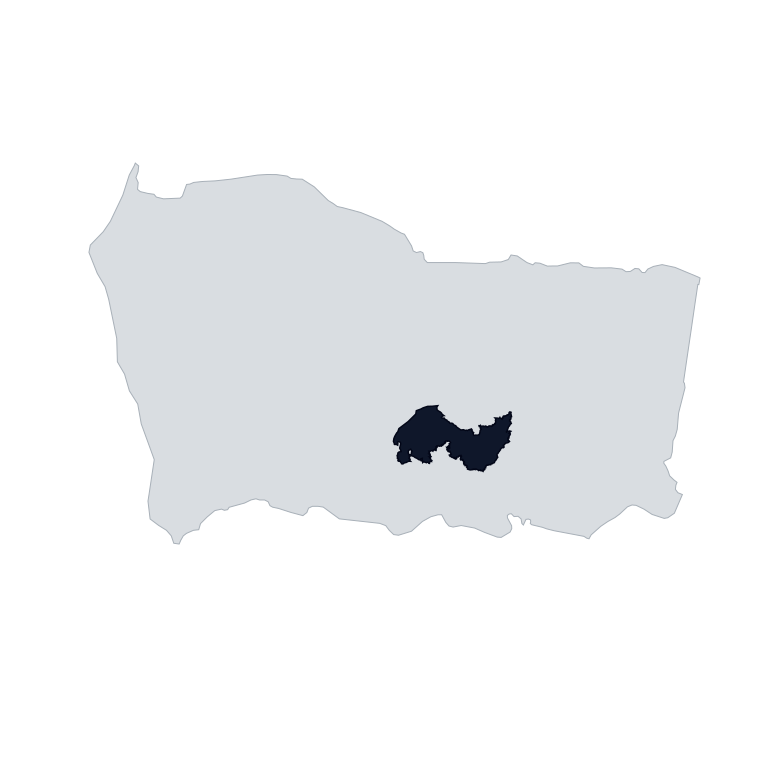 North East Gonja, Northern, Ghana (highlighted), rotated 99°
{"feature_id": "2480657B30922977157044", "entity_name": "North East Gonja", "entity_type": "district", "adm_level": 2, "iso_a3": "GHA", "parent_name": "Ghana", "parent_adm1": "Northern", "projection": "robinson", "projection_center": [-0.531, 8.741], "detail": "fine", "context": "in_parent", "style": "filled", "palette": "ink", "viewbox_px": 768, "rotation_deg": 99, "n_neighbors": 0, "source": "geoboundaries", "source_scale": "gbopen_adm2", "svg_char_len": 8744}
<svg xmlns="http://www.w3.org/2000/svg" viewBox="0 0 768 768"><g transform="rotate(99 384 384)"><path d="M466.2,77.0L471.7,82.8L472.9,86.2L470.9,98.8L466.9,107.7L464.4,116.0L464.7,120.1L467.2,124.3L475.5,130.8L479.8,135.0L484.8,141.4L490.6,147.6L500.6,155.8L504.8,157.3L504.6,159.5L503.2,162.7L502.3,193.0L501.6,200.8L500.8,204.8L499.9,216.1L498.9,217.7L497.0,217.6L495.3,218.0L494.8,220.3L495.5,222.6L501.5,224.3L500.2,226.0L495.8,227.5L493.7,230.9L494.6,234.8L492.2,238.0L492.9,240.1L494.5,241.6L497.0,241.1L504.0,235.8L506.9,235.2L510.5,236.3L517.2,244.3L517.5,248.2L514.8,261.6L512.1,271.9L511.7,285.6L514.5,293.4L514.1,297.6L511.0,301.3L504.1,306.6L504.7,310.2L507.8,317.0L513.7,324.5L525.1,333.8L531.1,346.0L531.2,350.9L527.7,355.9L523.6,360.1L522.3,366.4L524.2,407.0L515.1,424.7L515.1,429.7L516.0,435.6L518.4,439.1L523.0,440.1L526.7,443.5L525.4,455.9L523.4,468.6L523.1,474.7L522.0,477.6L518.4,480.0L517.2,483.9L518.0,488.9L517.4,492.5L519.3,497.2L523.4,503.1L530.0,517.7L532.6,518.8L533.7,521.9L533.0,524.9L535.5,531.3L542.9,537.8L550.6,543.4L556.9,544.2L558.3,549.3L562.4,555.7L565.4,558.5L570.2,560.3L574.1,561.3L574.2,566.7L567.2,570.4L562.5,576.0L558.9,584.5L553.9,593.9L536.6,598.8L530.0,598.8L494.6,599.1L461.4,617.5L442.3,624.1L430.6,634.4L414.8,641.8L403.8,650.8L380.8,655.1L343.3,669.2L331.5,674.7L319.6,684.5L300.2,696.0L292.7,695.8L277.5,685.1L266.1,679.7L238.3,671.5L217.5,668.3L207.4,664.8L204.7,664.2L207.0,660.4L212.8,660.1L218.9,661.3L223.5,658.3L230.3,657.9L232.1,654.9L232.7,647.1L232.6,640.9L235.0,638.1L235.6,630.7L232.3,614.4L229.9,612.5L217.8,610.2L216.9,607.0L214.7,603.5L212.4,595.1L209.8,582.6L205.6,567.1L197.4,541.5L195.4,532.4L194.0,523.2L193.8,512.2L195.5,508.1L195.2,502.4L194.5,496.8L200.2,483.7L211.5,467.8L213.9,462.0L216.0,458.0L216.3,452.3L218.3,433.7L223.7,411.2L227.1,402.8L229.4,398.2L232.2,390.7L232.9,387.2L243.3,378.4L248.0,376.0L249.1,372.5L247.5,368.8L248.2,366.2L250.7,364.9L254.5,363.8L257.3,360.2L252.9,332.5L249.5,304.9L249.2,302.6L247.2,298.8L245.1,287.4L241.6,280.7L236.7,278.7L236.7,272.4L241.7,261.8L243.0,255.6L240.6,253.7L240.3,248.9L242.0,241.1L241.1,236.2L240.3,231.1L235.2,219.0L233.9,210.5L236.6,205.5L236.5,194.5L233.7,177.6L233.3,166.9L235.2,162.5L234.3,158.3L230.6,154.2L230.4,150.3L233.5,146.5L233.1,143.6L229.2,141.4L225.7,136.2L222.6,128.0L223.3,114.8L229.2,90.5L229.9,88.4L236.6,88.6L236.6,89.6L257.4,89.4L281.1,89.1L309.5,88.8L335.2,88.5L336.3,87.4L340.6,86.1L366.6,88.5L382.9,87.3L389.8,88.1L394.8,89.7L406.1,88.7L412.1,89.3L416.6,95.4L418.4,95.3L421.0,92.8L425.5,89.8L430.0,87.5L433.3,82.8L435.3,79.2L438.3,79.9L442.5,79.7L445.4,76.7L446.5,72.0L466.2,77.0Z" fill="#d9dde1" stroke="#a8b0b8" stroke-width="1"/><path d="M454.8,272.5L454.2,272.3L453.5,272.6L453.1,272.1L453.0,271.3L452.4,271.1L451.9,271.6L451.5,271.2L451.0,271.1L450.8,270.5L450.0,270.8L449.8,270.5L449.0,270.5L448.9,270.2L448.0,269.7L448.0,269.0L447.6,268.7L447.8,268.5L447.6,268.0L447.3,268.0L447.0,265.9L445.8,265.5L445.7,264.3L445.0,263.9L444.4,262.7L443.0,262.5L441.4,261.4L439.8,260.9L438.7,260.2L436.2,261.4L435.6,261.4L434.8,260.6L433.4,260.2L432.5,259.5L432.0,259.5L430.8,258.7L430.2,258.8L428.5,257.7L428.3,257.3L428.4,256.4L427.7,255.6L427.1,255.7L426.3,256.4L425.8,256.1L425.6,256.3L424.8,255.4L423.6,255.0L422.5,252.3L421.2,251.1L420.9,251.6L420.4,251.7L420.2,252.2L419.9,252.4L419.9,252.8L419.3,252.7L418.4,253.2L417.6,252.9L418.0,252.4L417.8,252.1L416.1,252.4L415.8,252.1L415.1,252.1L415.0,251.8L413.6,251.4L413.3,251.6L413.1,252.9L410.9,251.3L410.7,252.6L411.2,253.3L411.0,254.3L411.3,254.9L412.4,255.4L412.3,255.6L412.7,256.0L411.5,255.2L406.7,254.3L405.8,253.6L404.0,253.0L403.1,252.1L402.4,252.6L401.7,252.8L400.8,254.2L400.0,253.9L399.5,254.2L399.4,253.5L398.5,253.3L397.6,253.3L396.8,253.9L396.3,252.9L392.8,254.3L392.4,254.0L391.9,254.3L392.0,255.6L392.8,256.0L393.8,255.8L394.8,256.4L395.2,257.4L395.6,257.4L395.6,257.9L396.5,258.7L396.5,259.4L396.9,259.7L396.8,260.3L397.0,260.3L397.2,261.0L397.6,260.9L397.7,261.3L398.0,261.4L398.7,261.3L398.6,261.6L399.0,261.8L399.6,261.8L399.7,261.5L400.4,261.8L400.2,262.4L399.7,262.9L399.5,263.9L398.9,264.3L399.9,264.7L400.2,265.2L399.9,266.0L400.2,269.0L400.6,268.5L401.5,268.0L402.4,268.3L403.6,267.8L405.4,267.8L405.8,267.9L405.8,268.3L406.1,268.2L406.3,268.4L406.2,268.6L407.0,269.2L407.1,270.1L407.7,270.2L407.8,270.7L408.1,270.8L408.3,270.3L409.0,270.9L408.8,271.2L409.0,271.9L408.7,272.7L409.1,273.2L409.0,273.7L409.3,274.0L409.5,273.9L410.3,274.9L410.1,275.3L410.3,275.7L409.8,276.3L409.7,277.0L409.7,277.4L410.3,277.6L410.2,278.8L410.3,278.9L410.0,279.3L410.3,280.5L410.9,281.0L410.4,281.8L409.8,282.2L410.1,282.4L410.3,283.6L410.8,283.4L410.5,283.0L411.7,282.2L412.4,282.1L412.5,281.8L413.6,280.9L414.2,281.5L415.5,281.8L416.1,281.6L419.1,282.0L420.0,283.8L420.1,285.4L420.7,287.1L420.6,287.4L418.9,288.3L418.8,288.1L418.1,288.4L418.0,288.2L417.5,289.1L417.1,289.1L417.1,289.5L415.8,289.8L415.7,290.1L415.3,290.0L414.7,290.7L415.2,291.4L415.5,292.2L416.0,292.5L416.0,293.2L416.9,294.3L416.7,295.2L417.2,296.5L416.7,298.3L417.4,300.9L415.1,305.6L414.0,306.6L413.5,308.6L412.3,309.9L412.1,310.9L412.5,312.6L411.4,313.7L410.6,315.8L409.9,316.2L409.4,318.2L408.3,319.1L408.2,319.5L408.7,320.2L408.4,321.4L408.1,322.0L407.3,321.8L406.2,320.7L405.9,319.8L404.8,321.9L403.7,322.7L402.8,324.1L402.0,326.3L401.1,327.6L398.6,328.2L397.0,327.5L398.4,332.7L399.3,337.5L401.4,341.6L403.0,343.7L405.3,347.9L408.7,347.9L417.4,354.3L425.7,362.3L429.1,362.9L430.4,363.8L434.1,365.2L436.3,365.7L439.2,365.7L440.9,364.6L441.8,364.4L442.1,363.7L441.5,362.5L442.0,361.8L442.3,360.9L440.6,361.0L439.2,361.6L438.8,361.2L438.7,360.0L439.0,358.7L440.5,358.1L444.8,358.5L447.2,356.9L448.1,356.6L448.7,358.2L449.1,358.9L450.0,359.5L451.8,359.3L452.3,359.8L453.0,359.8L453.4,359.3L455.2,359.2L455.3,358.7L456.0,358.0L456.6,357.9L457.0,358.4L457.8,358.0L458.0,357.3L457.7,355.9L458.2,355.7L459.3,354.7L459.7,354.0L460.0,354.0L460.0,353.1L459.6,352.3L458.6,351.6L458.2,350.1L456.4,347.6L456.2,345.7L455.4,346.7L454.2,346.4L453.5,347.6L452.3,347.5L451.8,347.1L450.9,348.0L449.6,347.8L449.3,348.8L448.3,349.4L447.7,349.2L446.4,349.5L445.8,349.3L444.2,347.5L444.3,347.2L444.9,347.0L445.9,345.7L446.6,346.2L448.6,346.1L450.0,346.5L450.5,346.3L450.8,343.5L451.8,341.7L452.1,340.2L453.3,337.7L453.4,336.2L452.6,335.9L452.2,336.0L451.4,334.5L453.4,334.3L453.6,334.8L454.0,335.0L454.2,333.1L455.0,333.6L455.5,333.5L454.4,332.4L454.7,332.1L455.1,329.7L454.5,329.2L454.5,328.1L455.3,327.3L455.3,326.7L453.8,326.7L453.2,325.9L453.1,325.0L452.6,325.3L452.1,324.8L451.8,325.2L451.7,326.1L450.1,326.5L449.9,327.3L449.4,327.3L449.1,327.7L449.1,326.9L448.4,326.2L447.4,327.6L446.7,327.8L446.6,327.6L447.0,327.2L446.6,327.3L446.1,328.4L446.0,328.1L445.6,328.0L445.4,329.2L445.3,328.6L444.9,328.4L444.6,328.8L443.7,328.6L443.4,328.9L443.3,328.1L442.5,326.9L442.2,326.0L442.7,325.2L441.7,324.9L441.0,323.9L441.5,323.1L441.5,322.2L441.1,322.2L440.4,323.4L440.2,323.3L440.2,322.3L439.8,322.3L439.7,322.8L439.4,322.9L438.7,322.6L438.2,322.8L438.2,322.3L438.0,322.5L437.9,321.8L437.7,321.7L437.3,322.3L437.0,322.2L437.1,321.4L436.8,321.1L436.6,321.3L436.4,320.8L436.7,320.5L436.6,320.2L436.8,319.6L436.3,318.3L436.4,317.6L435.9,317.2L435.3,317.9L434.9,317.8L434.8,317.2L435.1,316.4L434.5,316.3L434.4,315.9L433.9,316.0L433.3,314.7L432.8,314.4L432.8,314.8L431.9,315.1L431.4,314.0L430.7,314.1L430.5,313.6L430.6,312.2L430.2,311.9L430.5,309.8L431.6,309.0L433.0,310.3L433.8,309.5L435.3,310.8L435.2,309.6L437.0,309.1L437.2,309.5L436.7,310.5L436.8,311.6L437.3,310.8L437.4,311.7L438.2,311.1L439.0,311.2L439.0,311.5L439.5,311.2L439.3,310.0L440.6,310.2L440.8,309.0L440.2,308.4L440.2,308.1L441.5,307.7L441.9,307.1L442.6,306.7L442.7,307.0L443.1,306.9L444.0,308.3L444.3,307.8L445.2,307.4L445.2,306.0L445.8,305.5L445.7,304.0L446.0,304.2L446.1,303.9L445.9,303.0L446.2,303.1L446.2,302.7L446.4,302.7L446.4,302.2L446.7,302.0L446.5,301.7L446.9,301.6L446.5,300.7L445.8,300.6L445.1,301.0L444.7,300.7L444.5,299.3L444.2,299.0L443.5,299.0L443.2,298.2L442.8,298.1L442.7,297.2L443.0,297.2L443.1,296.7L442.7,296.5L443.2,296.1L443.6,296.1L443.9,296.9L444.2,296.5L445.6,296.9L446.5,296.7L446.5,296.3L446.9,296.2L446.2,294.9L446.3,294.3L446.9,294.0L447.2,294.3L447.5,293.6L448.2,293.3L448.1,292.7L448.7,292.9L448.8,292.5L449.2,292.8L449.5,292.6L449.7,292.9L450.3,292.8L451.3,292.0L450.9,291.2L451.8,290.9L451.6,290.7L451.4,289.9L451.9,289.0L452.1,288.9L452.2,289.3L452.7,289.2L453.2,289.4L453.9,288.4L455.0,288.2L455.4,285.5L454.8,283.3L454.5,283.3L454.7,282.7L454.0,282.0L454.2,281.9L454.1,281.5L454.3,280.5L453.6,280.3L453.5,279.9L454.0,278.7L453.9,278.1L454.7,277.0L453.9,275.4L454.4,275.1L454.2,274.7L454.2,274.0L454.5,273.8L454.4,273.1L454.8,272.5Z" fill="#0f172a" stroke="#020617" stroke-width="1.5"/></g></svg>